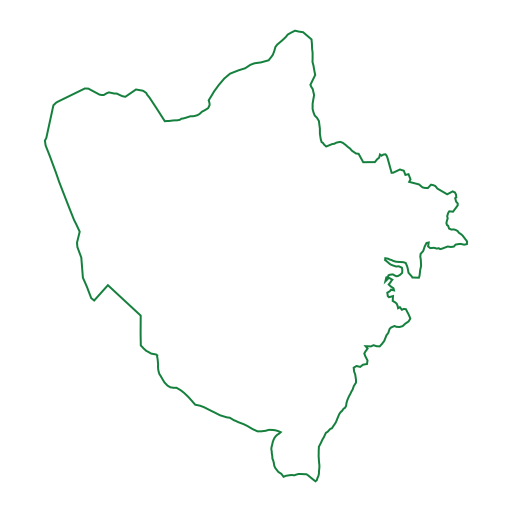 San José Independencia, Oaxaca, Mexico (Natural Earth projection)
{"feature_id": "50627088B65589511194358", "entity_name": "San José Independencia", "entity_type": "district", "adm_level": 2, "iso_a3": "MEX", "parent_name": "Mexico", "parent_adm1": "Oaxaca", "projection": "natural_earth1", "projection_center": [-96.628, 18.255], "detail": "fine", "context": "isolated", "style": "outline", "palette": "green", "viewbox_px": 512, "rotation_deg": 0, "n_neighbors": 0, "source": "geoboundaries", "source_scale": "gbopen_adm2", "svg_char_len": 5454}
<svg xmlns="http://www.w3.org/2000/svg" viewBox="0 0 512 512"><path d="M76.3,224.4L79.7,231.7L77.0,242.7L77.4,247.1L81.3,257.6L82.9,277.7L84.6,281.5L87.1,287.3L91.2,298.1L94.2,300.5L107.9,285.2L140.7,315.6L140.6,333.7L140.8,345.5L142.8,347.5L143.6,348.5L143.8,348.6L145.1,349.8L146.3,350.9L148.5,352.0L151.2,353.6L154.5,354.2L156.1,354.5L157.3,355.4L157.1,356.5L157.5,358.5L157.7,359.9L157.9,362.0L158.1,364.3L158.0,366.4L158.0,366.8L158.2,369.3L158.6,371.5L159.4,374.1L160.6,375.9L162.4,379.0L164.5,382.5L167.5,385.6L170.3,387.3L173.7,387.8L176.5,387.8L180.5,390.1L184.0,392.8L188.2,396.8L191.0,399.9L195.2,404.7L200.0,405.7L204.0,407.2L210.3,410.4L215.0,412.7L220.1,415.3L227.0,417.4L229.7,417.7L234.4,420.5L235.1,420.6L238.3,422.2L238.7,422.3L243.7,424.2L247.4,426.0L252.4,429.0L257.4,431.3L261.4,431.3L265.6,430.8L268.7,429.9L271.1,429.9L273.1,430.0L275.4,430.3L278.2,431.1L280.7,432.2L279.0,433.7L277.5,434.6L276.2,435.7L274.6,437.7L273.6,439.7L272.7,442.2L272.2,444.6L271.5,447.3L271.3,449.3L271.7,451.1L271.8,453.1L272.3,456.3L272.4,458.6L273.2,460.5L273.8,462.8L274.3,465.9L275.4,468.2L278.3,471.9L281.3,473.8L283.6,476.8L285.5,475.9L289.0,475.3L291.5,475.0L294.4,475.3L296.0,474.7L298.4,474.0L300.9,474.0L304.1,474.2L306.2,474.2L307.8,475.1L309.7,476.7L312.5,479.0L313.9,480.1L315.5,481.3L316.9,480.0L317.4,478.2L318.4,476.0L318.9,473.8L319.0,471.2L319.2,469.3L319.4,467.2L319.4,465.4L319.1,462.7L318.9,460.5L318.8,458.2L318.6,456.1L318.7,454.0L318.7,451.1L318.8,448.9L318.9,446.7L319.9,444.8L320.9,442.9L321.8,440.9L322.4,439.6L323.8,437.3L325.9,432.8L327.5,431.9L330.3,428.9L331.9,428.3L332.6,427.2L333.6,425.7L334.7,424.1L335.5,422.9L336.4,421.1L337.1,419.2L338.0,417.1L339.1,414.4L339.9,413.1L341.2,411.5L341.7,411.3L343.6,408.7L345.0,407.8L346.1,405.9L346.5,402.9L347.3,400.2L348.4,397.6L349.3,395.7L350.0,394.5L350.8,392.9L351.5,391.4L352.7,389.4L353.2,387.8L353.9,385.9L356.0,382.6L356.0,379.9L355.2,374.4L354.1,371.5L353.7,367.7L356.5,366.0L360.2,366.9L363.0,364.7L367.0,364.0L367.5,360.4L365.2,356.0L364.3,353.5L365.6,351.2L367.6,348.6L365.6,346.2L370.9,346.4L373.6,345.2L376.4,346.2L379.7,346.4L381.9,344.0L384.2,341.0L385.2,338.5L386.4,335.4L388.3,332.9L389.0,330.7L389.7,328.8L391.2,327.4L394.6,326.0L396.3,326.8L399.6,327.0L402.7,326.1L405.1,323.8L408.5,321.5L410.3,318.7L409.6,316.7L408.4,314.0L407.3,312.0L405.9,309.2L403.8,308.9L401.9,309.8L399.9,307.2L398.1,308.2L397.7,306.2L396.7,303.7L395.4,302.5L392.7,300.9L393.0,296.1L389.0,297.2L387.8,296.1L387.3,292.7L389.9,291.2L391.0,289.7L394.0,290.4L393.5,288.3L390.7,286.4L388.7,284.5L390.4,282.4L391.0,281.5L391.2,281.1L392.3,279.7L388.9,277.8L385.4,281.3L386.3,277.4L387.9,276.9L388.5,275.3L390.0,274.7L392.8,274.4L394.6,275.4L396.2,276.2L397.8,276.1L400.1,274.8L402.2,272.8L402.3,269.6L401.9,267.7L400.4,267.0L398.7,266.3L396.1,266.5L392.8,265.4L391.0,264.7L389.6,263.8L386.5,261.1L385.1,260.1L385.3,258.2L388.4,258.8L389.8,259.6L391.5,260.0L393.2,260.9L395.9,261.7L399.8,262.0L403.5,262.2L405.7,263.0L407.2,266.5L407.9,269.3L408.5,272.7L410.2,274.7L411.4,276.0L412.4,277.5L418.9,277.7L419.6,275.4L419.9,272.7L420.2,270.0L421.1,265.9L420.8,259.8L420.3,256.8L420.6,253.9L423.2,251.0L424.7,246.5L426.5,243.0L428.7,242.5L428.1,246.4L430.2,248.1L434.0,247.8L437.0,248.6L438.7,248.2L440.1,249.1L442.2,248.6L447.7,246.5L450.8,247.0L453.8,246.6L455.6,244.6L458.4,244.1L460.6,243.9L464.2,244.7L466.9,244.1L467.1,241.5L462.7,235.7L461.6,234.6L458.8,232.7L457.6,231.0L455.5,229.9L453.6,229.4L451.5,229.6L449.1,228.6L448.1,225.7L447.1,225.2L446.4,223.1L447.0,220.3L447.7,218.5L447.2,216.2L448.1,213.1L449.3,211.3L453.0,211.7L457.7,205.4L457.7,203.4L456.1,201.6L455.2,198.2L456.3,197.3L456.0,194.6L455.0,192.5L452.7,191.4L447.2,194.3L437.4,188.6L435.3,186.0L433.1,185.1L431.0,184.7L427.8,188.1L424.6,187.9L422.4,187.3L419.0,184.4L409.2,181.9L410.5,179.3L408.5,174.2L405.4,174.9L403.8,170.7L399.9,169.5L393.2,172.7L391.6,172.8L387.5,157.9L386.6,155.7L385.5,154.3L383.3,154.6L381.5,155.7L380.0,154.5L379.1,157.7L377.1,159.3L374.9,162.1L363.2,162.2L358.6,153.8L356.0,153.5L351.9,150.7L350.1,148.6L347.7,146.8L345.8,145.1L342.8,142.8L340.3,141.9L338.4,142.2L336.2,142.7L334.5,143.7L332.1,144.1L327.2,146.1L326.2,146.5L324.1,144.6L323.0,143.0L321.6,142.1L320.7,139.0L320.4,137.0L319.9,133.6L319.9,128.7L319.4,125.0L318.9,121.0L316.9,117.7L314.7,115.5L313.5,112.4L312.6,109.0L312.6,103.8L313.3,99.5L314.1,95.1L313.2,91.2L312.7,89.0L311.4,87.1L310.4,84.8L315.2,75.0L314.4,71.0L313.4,65.3L312.5,62.0L312.6,58.1L312.6,52.9L312.1,48.7L311.9,43.3L311.5,39.4L303.1,32.2L298.9,31.6L295.0,30.7L291.2,32.6L287.8,34.5L285.7,37.1L283.6,39.1L281.5,41.0L279.0,43.1L277.2,44.6L275.4,47.0L274.3,50.9L272.9,54.7L271.1,57.2L268.6,60.3L261.0,62.4L254.4,63.3L250.4,64.8L245.1,68.3L238.9,70.2L233.5,72.3L230.0,73.7L224.3,78.5L218.7,85.1L214.1,91.4L211.6,95.6L208.7,100.3L208.9,100.7L209.5,103.3L209.6,105.0L208.2,108.1L206.6,109.1L204.1,110.6L202.1,111.6L199.4,114.1L197.1,115.3L193.8,116.2L190.3,116.3L186.0,117.7L183.1,118.5L181.4,118.7L179.6,119.9L177.2,120.3L173.7,120.4L168.8,121.0L167.2,121.0L164.8,121.2L157.0,109.0L149.5,97.6L147.2,94.8L146.3,93.0L143.7,91.2L142.8,90.7L136.0,89.5L125.3,96.8L122.2,96.1L119.1,94.7L116.9,93.6L114.1,93.5L109.0,92.4L106.8,93.2L103.8,95.0L101.7,95.0L99.5,94.6L88.3,88.6L84.8,88.5L58.4,101.4L56.2,102.6L53.4,105.3L46.3,138.0L44.9,140.6L45.6,145.4L49.7,155.8L56.0,172.8L59.0,181.5L63.4,192.9L68.7,206.5L74.1,220.1L76.3,224.4Z" fill="none" stroke="#15803d" stroke-width="2"/></svg>